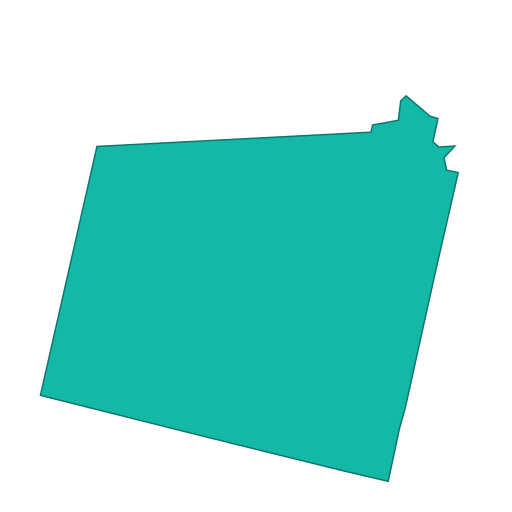 Johnson, Texas, United States of America (Equal Earth projection), rotated 193°
{"feature_id": "52423323B21675904174262", "entity_name": "Johnson", "entity_type": "district", "adm_level": 2, "iso_a3": "USA", "parent_name": "United States of America", "parent_adm1": "Texas", "projection": "equal_earth", "projection_center": [-97.498, 32.345], "detail": "fine", "context": "isolated", "style": "filled", "palette": "teal", "viewbox_px": 512, "rotation_deg": 193, "n_neighbors": 0, "source": "geoboundaries", "source_scale": "gbopen_adm2", "svg_char_len": 455}
<svg xmlns="http://www.w3.org/2000/svg" viewBox="0 0 512 512"><g transform="rotate(193 256 256)"><path d="M77.6,279.2L77.7,382.7L89.6,382.6L94.9,394.2L86.9,407.9L102.4,403.3L109.3,407.1L109.6,430.8L118.2,431.5L145.7,445.8L149.9,439.7L147.8,420.3L171.8,409.9L171.9,402.5L435.6,327.0L434.7,71.7L281.3,68.8L257.6,68.4L232.4,68.0L202.2,67.5L121.4,66.3L76.5,66.2L77.4,120.2L76.4,141.5L77.6,279.2Z" fill="#14b8a6" stroke="#0f766e" stroke-width="1.5"/></g></svg>